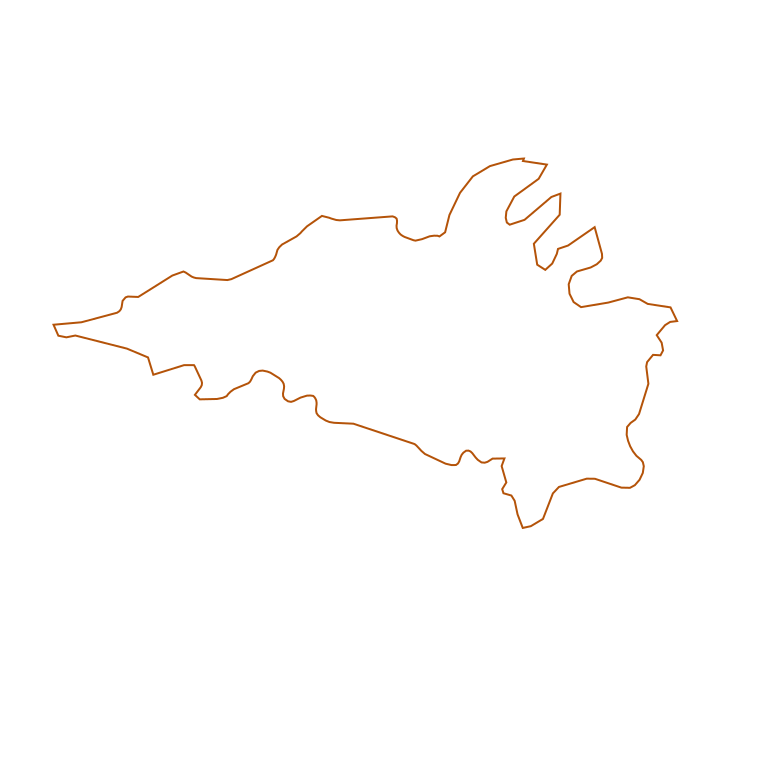 SVG path tracing the border of Mantova, rotated 163°
{"feature_id": "ITA-5446", "entity_name": "Mantova", "entity_type": "Province", "adm_level": 1, "iso_a3": "ITA", "parent_name": "Italy", "parent_adm1": "", "projection": "equal_earth", "projection_center": [10.802, 45.169], "detail": "fine", "context": "isolated", "style": "outline", "palette": "amber", "viewbox_px": 768, "rotation_deg": 163, "n_neighbors": 0, "source": "natural_earth", "source_scale": "10m", "svg_char_len": 2850}
<svg xmlns="http://www.w3.org/2000/svg" viewBox="0 0 768 768"><g transform="rotate(163 384 384)"><path d="M166.6,435.2L172.9,432.5L178.2,425.4L180.2,416.1L178.7,406.9L173.1,399.9L145.7,396.3L125.5,395.6L114.9,390.4L108.4,383.5L87.6,373.5L85.3,358.5L92.2,359.7L98.0,358.1L108.9,351.0L106.4,342.3L107.3,334.5L111.2,330.6L118.2,333.2L126.0,328.0L128.1,324.1L131.1,306.9L148.9,280.7L154.1,276.5L159.5,274.7L164.1,271.8L166.8,264.4L167.2,258.4L166.8,252.5L165.6,246.8L163.6,241.5L160.2,236.2L159.3,233.5L159.6,229.4L162.5,223.3L167.6,217.7L173.7,213.9L179.1,212.8L187.3,215.5L210.0,231.7L217.8,234.2L246.8,234.4L254.5,230.0L271.4,208.5L285.2,205.1L293.4,205.8L294.4,220.3L293.2,234.1L294.8,240.1L301.7,244.6L301.7,248.9L295.8,254.1L295.5,271.1L290.6,277.6L302.0,280.9L307.8,279.3L310.7,279.3L313.7,280.5L316.5,284.1L317.9,287.0L319.8,292.1L321.0,294.2L322.7,295.6L325.0,296.2L328.2,295.1L330.4,293.6L332.1,291.7L334.8,287.9L336.6,286.3L338.9,285.5L343.1,286.7L348.4,289.8L365.3,305.1L367.8,309.1L371.0,315.7L372.3,317.6L424.9,355.0L443.1,361.5L447.3,363.6L450.4,366.1L454.6,370.8L456.2,373.3L457.0,375.8L456.8,377.9L456.4,379.7L454.4,384.3L453.9,386.0L453.6,388.2L453.9,390.4L454.4,391.9L455.2,393.3L457.7,394.5L461.1,395.4L467.8,395.4L475.2,394.1L478.1,394.1L480.8,395.5L483.4,398.8L484.0,401.8L483.4,404.4L481.1,408.7L480.2,411.0L479.9,413.6L480.4,416.0L481.4,418.3L482.6,420.3L489.3,428.0L491.9,430.0L496.1,432.3L499.6,433.0L503.4,432.4L507.2,429.8L509.4,427.3L511.4,425.4L513.4,424.4L529.0,422.9L533.0,421.5L536.0,419.9L538.0,418.4L542.1,417.9L548.1,418.5L564.7,423.2L568.0,428.9L560.2,434.5L558.6,436.2L557.7,438.3L557.6,440.7L559.8,456.3L560.2,457.6L569.6,460.5L601.9,460.3L601.9,478.4L619.5,493.0L665.0,520.6L674.1,521.5L681.3,525.4L682.7,537.3L655.3,531.5L618.4,530.2L615.8,531.0L613.9,532.3L612.4,534.3L609.7,539.9L605.8,542.4L603.3,542.5L593.6,539.1L554.7,549.6L542.9,550.2L541.1,548.6L536.6,543.0L534.8,541.5L532.7,540.2L503.4,529.2L499.3,528.9L454.0,534.8L452.4,535.9L450.9,537.4L449.4,539.2L446.7,543.4L444.2,545.4L440.7,547.2L424.5,550.7L419.9,552.7L417.8,554.0L411.5,557.3L394.2,562.9L393.6,562.5L387.8,559.0L386.0,557.6L381.7,554.8L378.3,553.4L326.8,541.8L324.8,540.3L323.6,538.5L323.8,536.3L324.6,534.0L325.7,531.8L326.3,529.4L326.2,526.8L325.5,524.4L324.4,522.1L322.9,520.2L321.3,518.6L313.8,512.9L312.0,511.9L305.3,511.4L297.1,511.9L292.8,511.2L289.6,510.2L287.8,508.9L281.2,511.2L272.0,526.5L255.4,544.6L238.3,556.6L219.0,561.4L195.1,561.0L185.6,559.0L184.3,558.7L185.9,556.6L164.1,546.2L176.1,535.0L204.6,525.2L216.5,513.3L219.0,507.3L219.3,502.5L217.2,499.6L201.6,499.9L169.3,513.9L159.6,514.5L166.5,494.5L199.7,474.3L202.6,453.3L196.4,446.0L187.9,450.0L180.7,457.9L178.1,462.3L167.5,462.6L136.7,472.4L137.5,444.7L138.5,440.8L140.7,438.6L145.5,436.3L152.3,435.0L166.6,435.2Z" fill="none" stroke="#b45309" stroke-width="2"/></g></svg>